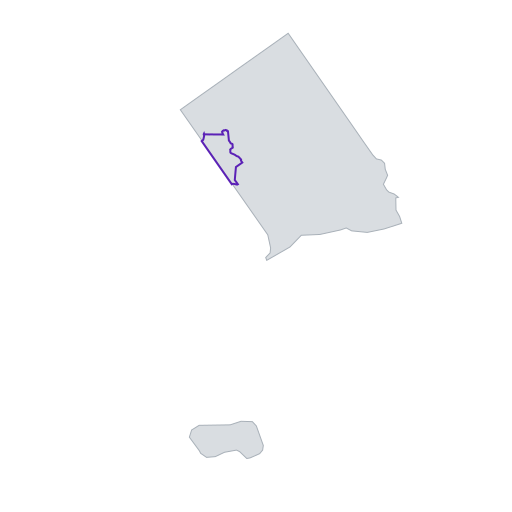 Micomiseng, Kié-Ntem, Equatorial Guinea shown in context, rotated 235°
{"feature_id": "11065452B35658646165921", "entity_name": "Micomiseng", "entity_type": "district", "adm_level": 2, "iso_a3": "GNQ", "parent_name": "Equatorial Guinea", "parent_adm1": "Kié-Ntem", "projection": "albers", "projection_center": [10.868, 2.052], "detail": "fine", "context": "in_parent", "style": "outline", "palette": "violet", "viewbox_px": 512, "rotation_deg": 235, "n_neighbors": 0, "source": "geoboundaries", "source_scale": "gbopen_adm2", "svg_char_len": 2152}
<svg xmlns="http://www.w3.org/2000/svg" viewBox="0 0 512 512"><g transform="rotate(235 256 256)"><path d="M419.2,277.9L419.4,304.1L419.5,326.2L419.7,350.2L419.8,375.2L419.9,396.4L420.0,410.1L396.8,410.0L366.1,409.9L335.3,409.8L304.5,409.7L289.0,409.6L272.0,409.6L266.5,410.3L262.7,413.7L258.2,414.5L252.9,411.6L246.6,410.1L244.8,407.1L241.7,401.5L235.3,400.9L232.1,401.5L227.6,404.7L222.4,406.3L223.4,403.8L213.3,397.0L206.0,396.3L199.2,394.2L204.7,376.4L211.5,360.7L221.7,348.8L227.2,346.0L228.9,340.1L237.0,320.7L247.0,305.0L243.9,289.0L246.3,262.3L249.2,263.1L249.7,265.6L250.4,269.3L254.2,272.6L266.6,277.8L303.6,277.8L325.7,277.8L358.4,277.9L392.9,277.9L419.2,277.9ZM126.1,97.5L128.9,97.9L145.8,97.5L150.4,103.5L149.9,112.3L132.5,138.0L129.2,148.9L122.4,158.0L116.6,158.8L96.6,153.3L93.2,150.1L92.0,145.6L94.0,135.4L95.4,132.3L105.1,130.4L108.2,128.7L113.3,117.6L115.0,107.6L119.4,100.0L126.1,97.5Z" fill="#d9dde1" stroke="#a8b0b8" stroke-width="1"/><path d="M361.4,300.9L362.6,300.0L362.9,299.9L364.8,300.1L366.1,300.0L374.3,304.6L374.9,304.0L375.7,304.2L376.8,303.2L376.8,302.9L376.8,302.7L376.9,302.4L376.9,302.2L377.0,302.1L377.1,301.9L377.3,301.8L377.3,301.7L377.5,301.5L377.5,301.4L377.5,301.2L377.5,300.9L377.5,300.6L377.5,300.4L377.4,300.3L377.2,300.0L377.2,299.9L377.2,299.7L377.3,299.7L377.2,299.4L376.8,299.3L376.4,299.2L376.2,299.1L375.9,299.1L375.6,299.0L375.4,299.0L375.2,298.9L374.6,298.7L374.4,298.7L379.2,292.0L379.3,291.8L380.9,289.6L382.0,288.0L382.1,287.8L382.2,287.7L382.3,287.6L382.4,287.4L384.5,284.6L385.2,283.5L385.8,283.5L386.1,283.6L386.0,283.4L385.6,282.9L384.2,282.5L382.0,280.1L381.4,279.3L381.4,278.4L381.3,277.4L328.7,277.3L328.7,278.0L328.1,278.8L327.3,279.8L326.6,280.3L325.8,281.0L325.3,281.5L325.2,282.3L325.4,282.3L330.4,282.2L335.9,286.8L340.4,290.6L340.4,294.5L340.4,298.4L341.5,298.4L342.8,298.4L343.5,299.1L343.9,299.1L344.9,298.9L346.1,298.8L347.6,298.5L348.6,297.7L349.9,297.1L350.9,296.8L352.3,296.0L353.8,295.0L354.7,294.5L355.3,294.4L356.0,294.6L356.9,295.4L357.9,295.8L358.2,296.7L358.1,299.1L358.6,299.5L359.5,299.8L360.4,300.6L361.4,300.9Z" fill="none" stroke="#5b21b6" stroke-width="2"/></g></svg>